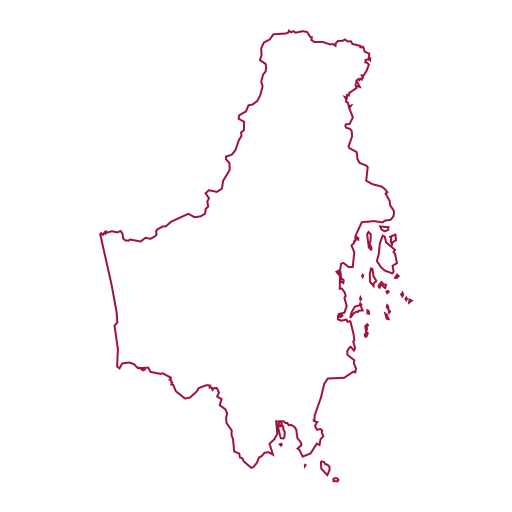 Takua Thung, Phangnga, Thailand
{"feature_id": "78962969B58097970477976", "entity_name": "Takua Thung", "entity_type": "district", "adm_level": 2, "iso_a3": "THA", "parent_name": "Thailand", "parent_adm1": "Phangnga", "projection": "mercator", "projection_center": [98.425, 8.29], "detail": "fine", "context": "isolated", "style": "outline", "palette": "rose", "viewbox_px": 512, "rotation_deg": 0, "n_neighbors": 0, "source": "geoboundaries", "source_scale": "gbopen_adm2", "svg_char_len": 6072}
<svg xmlns="http://www.w3.org/2000/svg" viewBox="0 0 512 512"><path d="M263.8,42.6L261.2,48.4L261.5,55.3L260.0,60.2L265.6,63.9L266.1,67.1L265.6,71.6L263.2,74.3L261.2,81.6L262.6,86.2L260.3,95.2L257.4,100.8L252.5,104.6L248.5,105.3L246.0,111.4L239.1,115.4L238.6,118.8L244.1,121.8L243.9,130.2L241.1,132.4L241.5,135.9L238.9,140.1L235.5,150.0L231.9,154.6L226.0,156.6L226.0,159.3L229.5,163.2L229.6,170.2L223.1,180.8L221.9,188.7L216.9,191.9L208.9,190.2L205.6,193.3L209.0,198.3L207.3,201.5L208.2,206.6L205.7,208.9L205.1,213.7L200.5,216.4L194.5,217.2L188.4,213.8L171.3,221.6L165.8,226.3L163.0,226.4L157.5,229.2L156.1,231.1L156.5,234.7L154.8,236.4L150.5,238.8L145.4,237.8L140.7,241.5L129.9,239.5L128.6,240.7L125.2,240.4L123.1,238.3L122.5,233.8L120.6,231.0L117.3,232.4L111.9,231.2L106.8,232.7L106.3,231.8L105.5,233.5L104.8,232.1L102.9,234.8L101.2,233.2L100.2,234.2L111.6,284.9L116.7,312.8L117.3,322.5L114.5,325.6L117.9,349.4L117.1,366.5L119.5,368.4L122.2,363.4L129.2,362.5L134.0,364.2L138.0,368.3L139.0,367.6L143.0,370.3L144.5,369.6L142.0,368.0L148.2,367.6L150.6,371.9L160.4,373.9L162.6,373.3L170.8,377.6L169.6,379.6L171.3,380.1L171.3,382.2L172.3,382.8L171.4,384.5L173.3,385.0L175.8,391.2L184.9,398.5L189.9,397.6L196.8,391.4L198.5,388.2L206.3,385.2L210.1,385.5L209.6,387.5L211.7,387.5L212.6,389.9L214.5,388.0L216.8,388.1L219.0,392.6L217.1,396.5L221.6,399.1L219.7,405.2L225.5,409.4L227.2,413.6L226.1,417.7L226.5,422.9L231.7,430.5L231.5,434.9L233.0,439.2L234.2,451.4L239.2,453.6L240.0,457.6L242.4,458.3L243.8,461.4L251.2,467.8L253.3,467.2L256.9,462.8L259.1,457.3L261.6,456.2L264.5,452.8L268.5,452.2L273.0,454.7L269.5,443.7L274.3,439.3L277.3,433.8L276.1,421.4L283.7,421.3L285.5,423.1L287.3,422.9L288.7,425.3L291.2,424.8L294.4,426.9L296.2,429.5L297.5,438.4L300.6,441.9L301.5,445.0L297.6,448.6L299.3,449.8L302.7,456.6L310.5,453.5L316.8,443.6L319.5,445.0L320.5,439.4L323.3,436.2L321.7,432.2L322.2,430.5L320.6,429.1L316.9,429.7L315.0,425.9L317.2,422.0L314.1,421.2L313.6,420.1L314.5,419.6L314.7,415.3L321.0,397.4L324.2,383.9L327.9,378.5L344.1,377.8L353.5,371.6L355.2,372.4L356.1,368.8L353.9,363.3L354.3,360.3L347.4,354.8L347.3,350.9L349.7,347.3L350.8,346.8L353.9,350.5L355.1,347.9L353.2,341.5L354.4,340.3L353.5,334.0L350.6,322.1L349.7,321.1L347.6,321.9L346.4,319.5L341.5,320.7L337.9,319.3L337.9,316.4L340.4,317.1L342.4,315.7L341.5,314.8L338.7,315.0L338.7,314.0L344.3,312.8L346.7,306.1L344.4,297.8L345.7,296.0L344.6,292.3L341.8,288.5L339.8,288.8L340.0,276.1L336.5,271.8L340.1,270.0L341.1,263.7L343.4,262.9L348.7,267.1L352.7,267.0L354.3,252.3L351.5,245.5L354.0,242.9L354.1,241.3L355.3,241.0L355.5,235.8L361.8,222.2L374.1,221.1L382.7,222.4L384.6,220.7L390.6,219.8L393.3,216.5L394.1,213.0L393.7,210.6L390.2,205.4L389.6,200.9L385.6,193.5L387.4,192.3L385.3,189.5L381.8,186.6L372.5,184.2L366.2,180.7L367.7,167.2L366.3,165.6L359.6,162.9L357.4,158.9L356.7,152.1L349.2,148.0L348.6,146.2L352.1,136.4L351.7,131.1L350.1,128.9L346.1,127.7L345.3,126.0L345.9,124.3L349.7,123.9L352.9,117.3L349.2,108.2L351.0,105.6L348.8,106.4L348.0,102.9L345.9,101.6L346.3,99.5L344.8,97.0L346.9,97.8L346.8,95.0L348.8,95.5L349.0,93.1L356.5,88.0L355.8,85.6L359.8,86.9L357.5,82.5L356.2,83.1L356.5,80.5L358.6,79.0L359.3,80.1L360.0,79.0L361.8,79.5L361.7,78.2L363.0,77.6L361.8,75.4L363.6,75.5L366.7,70.5L368.9,64.7L366.9,62.5L365.3,62.4L365.6,60.0L368.2,59.2L370.1,60.4L370.3,58.3L368.8,57.3L369.3,53.7L364.7,51.6L363.2,46.8L361.3,47.5L360.2,47.0L360.4,45.9L352.5,44.0L350.9,41.3L347.6,41.4L344.9,39.5L342.7,40.8L338.0,41.0L335.7,43.3L335.5,45.8L333.3,44.1L330.0,44.4L322.5,41.9L314.4,42.0L311.3,39.9L311.9,37.3L310.3,36.9L307.1,32.0L302.7,31.2L295.5,32.7L293.7,31.2L290.8,32.3L289.0,30.7L288.1,32.7L285.9,33.5L273.4,34.3L269.8,39.4L263.8,42.6ZM392.4,273.4L393.6,271.6L392.6,265.8L397.0,263.1L395.0,253.8L393.5,252.0L395.0,249.9L386.2,242.5L384.7,236.6L382.7,235.6L379.8,243.4L378.8,254.0L376.9,261.0L380.7,266.9L384.6,270.5L392.4,273.4ZM325.3,464.3L324.2,462.3L321.9,461.3L320.9,462.0L321.3,468.7L327.3,475.1L329.5,470.3L329.4,466.6L327.1,464.5L325.3,464.3ZM376.4,280.9L373.5,276.3L372.4,268.9L371.1,268.4L369.8,274.1L370.0,281.8L373.5,286.0L373.6,283.6L376.4,280.9ZM283.2,426.4L277.9,426.1L280.3,436.8L280.8,438.2L283.3,438.5L284.3,437.6L284.8,431.9L283.4,429.8L283.2,426.4ZM361.4,304.8L360.3,303.4L359.9,305.2L354.8,306.7L351.6,312.3L350.2,317.9L354.0,313.0L357.0,311.5L358.0,312.0L358.7,310.7L362.6,310.4L360.7,305.8L361.4,304.8ZM371.0,249.6L371.6,248.1L369.5,243.5L370.6,240.7L370.7,234.3L368.5,232.0L367.1,234.2L368.8,247.4L371.0,249.6ZM396.1,240.2L395.3,234.6L390.1,236.8L391.3,238.3L390.8,241.7L392.0,244.5L392.6,242.3L396.1,240.2ZM384.7,231.3L388.0,230.0L388.6,227.2L380.2,226.5L381.5,229.5L384.7,231.3ZM383.5,284.2L381.4,282.0L378.7,285.3L378.8,287.4L379.8,287.6L379.9,285.8L381.5,285.1L385.2,288.0L386.0,284.8L383.5,284.2ZM337.7,481.3L338.4,479.9L337.3,478.4L335.1,478.1L333.3,479.2L333.5,481.2L337.7,481.3ZM343.3,283.0L343.7,280.1L341.0,278.0L340.6,281.4L343.3,283.0ZM279.9,425.7L282.0,424.2L280.8,421.5L277.9,424.2L279.9,425.7ZM366.4,336.7L367.8,333.2L366.5,331.8L364.7,334.9L365.2,336.6L366.4,336.7ZM388.6,319.1L386.6,314.5L385.3,313.6L386.7,318.7L388.6,319.1ZM366.0,330.6L367.0,329.5L366.7,326.1L368.0,325.4L367.3,324.3L365.2,326.2L366.0,330.6ZM398.6,276.2L397.1,274.6L395.0,277.8L396.5,278.1L398.6,276.2ZM368.9,313.8L368.8,311.2L367.4,310.4L367.4,313.4L368.9,313.8ZM388.5,309.5L388.0,306.0L387.2,305.2L386.7,307.0L388.5,309.5ZM411.8,300.6L409.4,299.5L409.1,302.6L411.8,300.6ZM402.3,296.3L403.2,294.9L402.4,292.7L401.1,294.4L402.3,296.3ZM340.8,274.5L340.5,272.1L339.1,272.5L340.8,274.5ZM387.1,293.1L388.7,291.9L387.9,290.9L386.5,291.6L387.1,293.1ZM358.3,239.7L358.3,238.1L356.9,237.2L357.5,239.5L358.3,239.7ZM280.9,445.6L281.8,444.5L281.4,443.8L279.8,444.3L280.9,445.6ZM406.2,300.1L407.0,298.9L406.3,297.6L405.5,298.7L406.2,300.1ZM389.2,312.7L390.1,311.5L388.7,309.9L389.2,312.7ZM360.6,299.9L361.2,298.9L360.5,297.5L360.0,299.1L360.6,299.9ZM362.7,277.0L363.2,275.2L362.8,274.8L362.0,275.9L362.7,277.0ZM304.9,466.2L305.4,465.5L305.6,464.0L304.8,465.3L304.9,466.2Z" fill="none" stroke="#9f1239" stroke-width="2"/></svg>